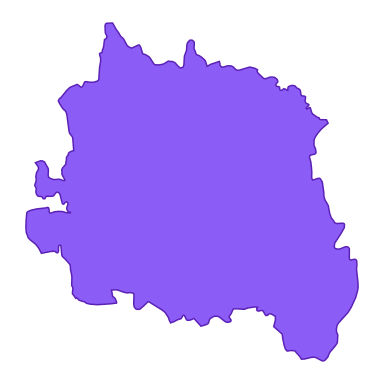 Tan Yen, Bắc Giang, Vietnam (Natural Earth projection)
{"feature_id": "81297802B62704406726497", "entity_name": "Tan Yen", "entity_type": "district", "adm_level": 2, "iso_a3": "VNM", "parent_name": "Vietnam", "parent_adm1": "Bắc Giang", "projection": "natural_earth1", "projection_center": [106.095, 21.389], "detail": "fine", "context": "isolated", "style": "filled", "palette": "violet", "viewbox_px": 384, "rotation_deg": 0, "n_neighbors": 0, "source": "geoboundaries", "source_scale": "gbopen_adm2", "svg_char_len": 5817}
<svg xmlns="http://www.w3.org/2000/svg" viewBox="0 0 384 384"><path d="M337.8,334.8L336.6,332.2L336.4,328.9L337.1,325.4L338.5,323.0L348.1,312.4L351.2,307.3L355.6,297.8L357.5,291.0L358.1,287.7L358.0,283.1L356.5,269.1L356.9,265.1L356.7,260.9L356.3,260.1L355.6,259.5L354.5,259.2L350.7,260.1L350.0,259.7L349.5,259.0L349.3,257.4L349.4,248.8L348.7,247.7L348.0,247.0L346.8,246.7L345.3,246.8L340.2,248.8L338.5,249.2L335.7,248.7L334.9,248.2L334.3,247.1L334.6,243.4L341.3,233.0L344.3,227.7L344.5,224.4L344.2,223.8L343.4,223.3L340.7,223.2L337.9,223.5L336.3,223.4L334.7,222.7L333.5,220.6L331.3,217.9L329.8,213.8L328.3,205.8L327.4,204.0L325.0,200.0L323.9,196.3L323.8,192.4L322.3,182.0L320.2,178.7L319.4,178.3L317.8,178.4L312.9,180.1L312.0,179.0L311.7,177.6L311.8,172.3L311.4,166.9L310.8,161.9L309.5,157.3L309.7,156.0L310.1,155.5L311.3,154.9L315.1,154.0L315.9,153.0L316.0,152.0L315.5,148.8L314.0,145.4L314.0,141.4L314.3,139.0L315.7,136.3L317.8,133.2L321.5,128.9L328.1,123.2L326.5,119.8L320.1,119.6L319.5,119.2L319.2,117.9L316.8,117.0L312.6,113.9L311.8,112.8L310.3,107.7L309.2,107.7L307.1,109.1L306.3,108.5L306.5,107.5L308.4,105.9L308.9,105.0L308.7,104.4L306.2,103.3L305.6,102.6L305.1,100.7L305.6,96.9L304.7,96.2L301.6,95.7L300.8,94.1L300.6,91.8L300.0,89.8L298.4,88.6L296.9,88.1L295.2,86.1L294.0,85.6L291.7,85.4L288.5,86.6L287.9,87.9L287.8,90.3L286.9,90.2L285.7,89.2L283.7,88.7L281.9,90.3L280.3,90.2L279.8,89.6L279.7,88.9L279.6,87.2L278.7,86.6L276.7,86.4L276.1,85.8L275.9,84.3L276.2,83.7L277.3,82.7L277.7,82.0L277.8,81.3L277.3,79.7L276.7,79.0L275.1,77.7L274.3,77.3L271.7,77.0L269.7,77.2L266.0,78.6L264.6,78.7L263.6,78.4L258.0,73.0L257.3,71.8L257.1,71.2L257.2,70.4L257.6,69.9L255.2,68.4L251.0,67.3L249.5,67.1L239.2,70.2L237.3,70.2L236.5,69.9L234.9,68.8L233.6,67.2L231.4,66.0L230.3,65.8L227.2,65.9L222.9,67.2L221.1,66.7L220.2,65.5L219.9,64.8L219.9,63.3L219.3,61.4L210.7,64.3L207.1,66.3L205.8,62.1L205.0,60.3L201.6,57.2L199.1,55.6L196.6,54.7L195.9,53.6L195.3,51.5L194.0,48.6L194.3,44.2L194.2,42.1L193.6,41.3L192.0,40.1L189.8,40.2L187.7,42.4L187.2,43.7L186.9,44.9L186.5,50.4L184.4,56.1L183.9,64.8L183.2,66.8L182.7,67.4L180.6,67.9L180.1,67.8L178.6,66.7L175.1,62.8L172.5,61.5L170.7,61.5L169.1,61.1L168.2,61.2L163.5,64.0L159.6,64.9L155.0,64.8L153.8,63.8L150.4,58.5L149.0,56.8L145.9,54.8L142.7,53.7L140.7,47.2L140.1,46.0L139.0,44.9L138.2,45.1L131.8,48.1L129.1,47.1L127.0,45.3L123.5,38.8L120.6,36.2L118.8,33.0L116.1,29.3L113.3,24.2L112.5,23.0L106.5,23.3L105.5,24.1L105.0,25.7L105.3,32.6L105.6,33.7L106.8,35.6L106.8,37.4L106.6,38.1L104.5,39.6L103.7,46.0L103.2,48.3L102.4,50.1L102.2,52.2L101.8,52.6L100.1,53.1L99.6,53.7L99.6,54.9L100.6,57.9L100.6,61.6L99.6,67.0L98.8,79.1L98.4,80.2L97.3,81.1L93.9,82.2L90.2,82.3L86.1,81.6L84.7,81.9L82.8,85.9L81.8,87.0L81.0,87.3L77.7,84.6L76.8,84.5L69.8,87.5L66.5,90.7L61.1,97.4L59.5,98.6L58.3,100.9L59.5,103.4L62.1,107.6L63.9,109.8L64.9,110.4L66.1,112.2L66.9,114.9L69.1,131.6L69.6,133.3L72.5,137.1L72.8,138.8L73.7,150.6L71.3,151.3L69.9,152.0L68.5,153.2L68.0,155.3L67.0,156.4L66.5,157.5L66.3,160.6L65.9,162.0L65.9,164.1L62.6,167.9L61.7,169.7L61.9,170.9L62.0,174.5L65.0,180.1L64.3,180.6L63.5,180.6L59.4,179.2L53.8,179.6L50.1,178.3L48.8,177.4L48.4,176.3L48.2,175.4L48.4,169.8L48.2,168.5L44.5,161.9L42.4,160.9L40.4,160.8L35.4,162.7L38.3,166.9L38.5,169.0L37.7,170.7L36.6,172.4L35.8,176.6L36.2,179.2L36.1,180.9L34.8,185.0L34.8,185.7L36.0,187.8L36.2,188.6L35.9,191.7L36.0,192.8L36.7,194.6L37.6,195.9L38.5,196.3L41.1,196.5L42.0,196.9L43.3,198.8L44.9,198.7L46.2,196.3L52.0,196.3L53.1,196.1L54.4,194.9L55.3,193.4L56.1,192.7L57.1,192.2L57.8,192.2L58.9,192.8L59.6,193.7L60.1,194.8L62.2,203.2L62.7,204.0L63.5,204.2L64.2,203.8L65.3,202.3L66.7,201.9L67.5,202.4L67.9,203.2L67.9,204.1L66.8,207.6L66.8,209.3L67.8,211.2L68.7,212.0L69.8,212.3L70.3,212.2L70.4,212.8L68.5,212.9L66.1,212.6L62.2,211.5L58.0,211.4L54.5,211.8L50.5,213.2L50.0,213.1L49.6,212.6L49.2,211.6L49.0,209.2L48.8,208.5L48.5,207.7L47.5,207.4L45.9,207.9L36.8,208.9L30.7,210.3L27.5,211.8L26.8,212.9L26.1,220.2L25.9,227.4L26.2,232.2L28.3,237.9L30.8,240.4L35.0,243.7L36.6,245.3L38.9,248.5L41.4,253.3L51.2,251.4L54.9,251.3L56.4,252.6L57.5,252.8L58.2,252.1L58.5,251.3L58.6,246.1L59.3,245.2L60.6,245.3L61.0,246.8L61.8,255.3L62.5,256.6L65.5,259.4L69.9,264.5L70.3,265.9L70.5,269.7L71.5,274.2L71.9,277.2L71.7,284.7L71.9,286.0L72.7,287.3L72.9,288.8L72.4,292.8L72.5,293.8L75.8,298.3L76.1,297.7L77.4,298.3L78.8,300.0L80.4,300.7L84.6,301.9L86.5,303.3L90.4,304.2L97.7,304.7L110.7,303.8L116.5,303.1L116.6,302.3L116.4,301.5L115.2,298.6L113.8,297.1L112.7,296.6L111.5,290.0L116.4,289.8L118.5,290.3L124.0,292.3L127.1,292.9L129.8,292.6L131.6,292.8L132.8,293.0L133.8,294.1L134.0,295.0L133.7,303.0L134.0,306.1L134.4,307.2L135.5,308.6L136.3,309.2L138.9,309.4L139.8,309.2L143.4,306.2L147.8,301.9L148.9,301.8L161.9,309.9L165.1,312.4L168.3,317.3L169.4,320.6L170.6,322.9L174.1,321.6L177.7,319.7L181.0,318.7L181.8,317.6L183.0,315.4L183.9,315.4L184.4,315.6L184.7,316.1L186.5,319.8L187.5,320.3L189.9,320.2L194.0,318.5L201.0,326.2L206.3,324.6L207.9,323.7L208.6,322.7L209.1,320.7L209.9,318.8L213.2,316.7L214.9,316.3L216.6,316.2L218.4,316.6L219.7,317.3L224.7,321.3L226.2,322.1L227.2,322.3L229.8,322.0L230.9,321.1L231.1,320.1L229.3,317.4L229.1,316.6L231.2,313.6L233.0,309.4L233.7,308.9L236.8,308.8L244.3,309.3L247.9,308.0L254.9,306.9L257.4,307.3L257.0,307.7L256.7,308.7L256.9,310.4L257.4,310.8L258.4,311.1L261.9,310.4L263.1,311.0L265.4,315.1L266.1,315.5L267.5,315.4L268.9,314.0L269.7,313.7L271.3,314.0L275.3,316.3L275.4,320.1L273.7,326.6L282.2,334.1L282.8,338.9L284.1,345.1L285.5,349.3L287.3,351.1L290.9,350.5L295.0,350.9L295.6,351.8L299.6,356.3L301.4,359.2L304.6,359.0L311.2,357.4L314.0,357.2L315.5,357.4L321.3,360.4L322.8,361.0L324.1,360.7L325.1,360.1L327.7,357.3L329.1,353.8L330.0,352.1L335.2,346.0L336.7,343.8L337.4,342.4L337.8,334.8Z" fill="#8b5cf6" stroke="#5b21b6" stroke-width="1.5"/></svg>